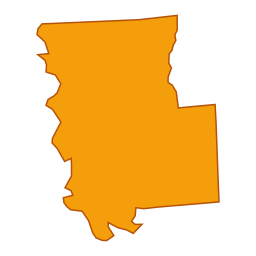 União da Serra, Rio Grande do Sul, Brazil
{"feature_id": "56859067B42000345551352", "entity_name": "União da Serra", "entity_type": "district", "adm_level": 2, "iso_a3": "BRA", "parent_name": "Brazil", "parent_adm1": "Rio Grande do Sul", "projection": "orthographic", "projection_center": [-52.035, -28.776], "detail": "fine", "context": "isolated", "style": "filled", "palette": "amber", "viewbox_px": 256, "rotation_deg": 0, "n_neighbors": 0, "source": "geoboundaries", "source_scale": "gbopen_adm2", "svg_char_len": 920}
<svg xmlns="http://www.w3.org/2000/svg" viewBox="0 0 256 256"><path d="M133.2,233.4L142.0,224.3L135.2,224.4L131.5,221.5L135.2,215.7L135.9,207.7L143.8,208.7L156.8,207.2L219.0,201.9L218.1,179.3L216.0,121.6L215.1,104.5L178.3,107.9L176.3,92.0L172.2,85.1L168.1,82.5L168.1,77.1L171.4,67.9L168.7,62.9L169.2,53.9L172.1,50.2L173.2,45.3L175.8,40.6L174.9,34.8L177.2,30.3L177.2,15.4L139.0,19.7L42.0,23.9L38.1,28.5L37.0,34.5L45.0,42.0L48.8,53.6L37.9,54.7L45.1,60.4L46.5,64.7L46.1,72.0L55.4,75.0L60.8,83.8L57.1,92.9L53.6,96.2L48.1,99.4L46.0,105.3L52.5,109.3L60.9,122.1L52.5,138.3L52.1,143.0L57.1,148.3L64.6,161.4L71.2,158.4L71.5,163.9L71.5,176.0L68.1,182.0L65.0,187.8L71.0,190.6L72.8,195.3L63.3,197.7L64.0,202.7L67.0,206.7L70.5,209.7L82.1,211.2L88.5,220.5L92.8,233.1L96.2,237.9L102.3,240.4L106.6,240.6L113.8,235.6L108.4,227.1L108.1,222.5L118.2,227.8L126.8,230.0L133.2,233.4Z" fill="#f59e0b" stroke="#b45309" stroke-width="1.5"/></svg>